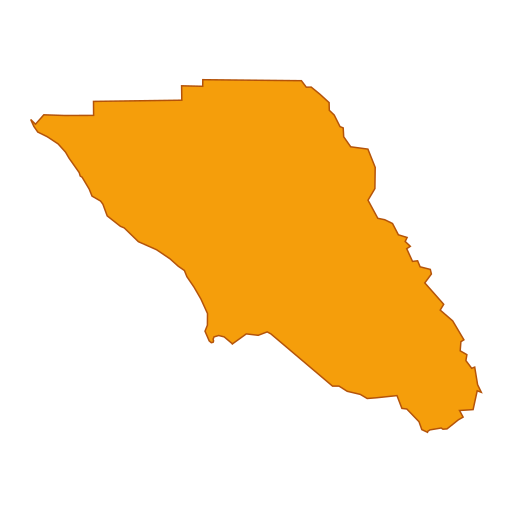 the district of Sonoma, California, United States of America
{"feature_id": "52423323B39454223771984", "entity_name": "Sonoma", "entity_type": "district", "adm_level": 2, "iso_a3": "USA", "parent_name": "United States of America", "parent_adm1": "California", "projection": "natural_earth1", "projection_center": [-122.845, 38.481], "detail": "fine", "context": "isolated", "style": "filled", "palette": "amber", "viewbox_px": 512, "rotation_deg": 0, "n_neighbors": 0, "source": "geoboundaries", "source_scale": "gbopen_adm2", "svg_char_len": 1488}
<svg xmlns="http://www.w3.org/2000/svg" viewBox="0 0 512 512"><path d="M459.5,410.5L473.1,409.6L477.2,390.8L481.3,392.3L477.6,384.7L474.7,367.1L471.7,368.3L465.9,360.6L466.9,354.7L460.2,350.8L460.9,341.7L463.9,339.8L452.7,320.9L440.2,310.1L443.7,304.3L424.8,282.9L431.4,274.0L430.3,269.4L420.1,266.8L417.6,260.8L412.5,261.4L406.7,248.7L410.3,246.3L405.2,241.5L407.1,237.5L398.4,234.8L392.5,223.5L384.7,219.7L377.8,218.3L368.0,200.2L374.9,188.6L375.2,167.4L367.9,149.1L350.7,146.8L343.7,136.8L343.2,127.9L340.0,126.6L334.2,115.0L329.3,110.3L329.1,102.6L320.0,94.3L311.2,87.1L306.3,87.2L301.4,80.7L202.8,79.7L202.7,86.3L181.6,85.8L181.8,100.2L93.5,101.4L93.6,115.4L64.7,115.5L43.8,114.8L35.5,124.2L30.7,119.5L33.9,126.5L37.8,132.1L47.2,136.7L58.1,143.9L65.5,152.1L69.0,158.1L79.2,172.6L80.2,176.0L82.1,177.2L89.2,189.1L92.0,196.1L100.5,201.0L102.9,204.2L107.2,215.9L120.4,226.3L124.2,227.9L138.4,241.7L156.5,249.7L170.1,258.9L178.2,266.2L184.4,270.5L186.9,276.7L194.0,287.1L200.9,299.0L207.5,313.5L207.4,325.2L205.0,331.2L209.2,340.9L211.3,342.7L213.1,342.3L213.6,340.9L213.1,339.2L214.0,336.9L218.7,335.5L224.2,336.9L231.9,343.4L232.3,344.0L246.3,333.9L258.2,335.3L267.2,331.9L270.9,333.9L332.5,386.1L339.0,386.1L347.2,391.3L360.3,394.4L367.2,398.5L376.2,397.8L397.0,395.6L401.9,408.4L406.8,409.0L419.0,421.7L421.8,429.6L427.5,432.3L427.8,431.3L429.9,429.9L441.2,428.0L442.9,429.2L447.0,428.9L458.4,419.8L463.1,417.1L459.5,410.5Z" fill="#f59e0b" stroke="#b45309" stroke-width="1.5"/></svg>